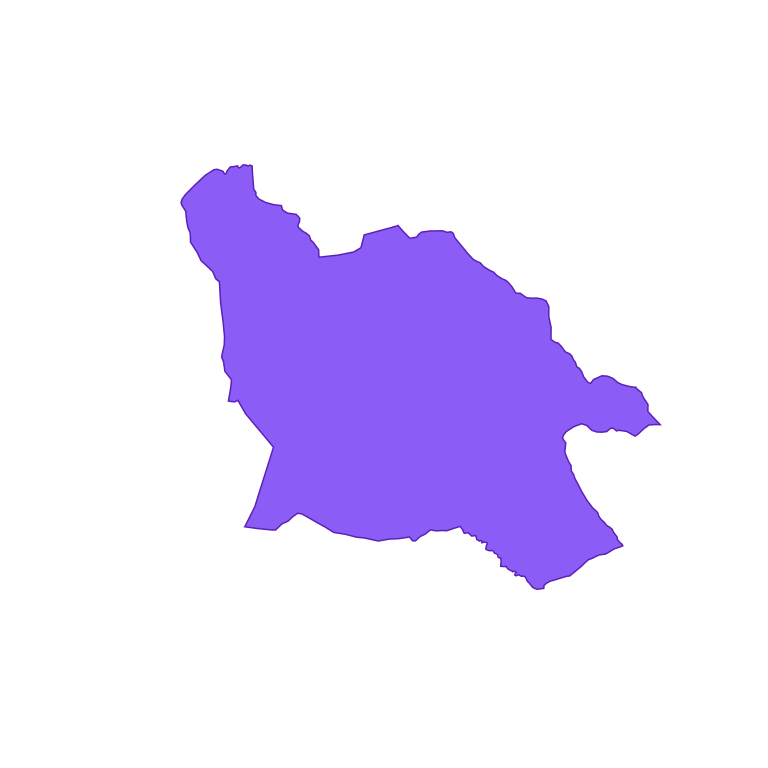 outline of Jeadepo, River Gee, Liberia, rotated 232°
{"feature_id": "62588387B74933582499482", "entity_name": "Jeadepo", "entity_type": "district", "adm_level": 2, "iso_a3": "LBR", "parent_name": "Liberia", "parent_adm1": "River Gee", "projection": "orthographic", "projection_center": [-8.425, 5.368], "detail": "fine", "context": "isolated", "style": "filled", "palette": "violet", "viewbox_px": 768, "rotation_deg": 232, "n_neighbors": 0, "source": "geoboundaries", "source_scale": "gbopen_adm2", "svg_char_len": 4539}
<svg xmlns="http://www.w3.org/2000/svg" viewBox="0 0 768 768"><g transform="rotate(232 384 384)"><path d="M502.2,488.0L502.3,487.1L505.0,480.8L513.7,460.1L512.8,459.0L512.1,458.2L505.6,449.7L506.4,443.6L506.6,441.6L507.8,439.2L513.7,427.4L523.9,410.9L524.4,411.1L530.1,415.2L538.9,415.4L539.5,415.4L542.3,414.9L547.0,416.4L548.4,416.0L550.8,415.5L554.7,413.9L560.2,413.0L562.2,413.9L562.3,414.2L564.0,417.4L566.4,419.6L569.1,419.6L571.8,419.2L578.0,413.2L582.7,411.4L584.5,411.5L587.3,412.8L587.7,413.0L588.5,412.2L589.2,411.5L593.2,407.5L599.9,402.5L606.8,399.3L611.5,399.1L613.8,401.0L617.8,401.3L620.4,403.1L631.5,410.4L635.8,413.5L636.9,414.3L637.7,413.9L639.1,413.0L639.4,411.1L641.6,410.0L643.4,407.9L643.1,403.3L644.2,402.7L646.1,402.9L647.1,400.8L647.7,399.6L649.7,396.5L648.3,391.0L646.8,388.8L647.8,387.6L650.7,388.1L655.9,384.8L657.6,381.9L658.5,371.5L657.3,358.1L655.5,344.0L653.9,338.6L652.9,337.2L652.7,336.9L652.0,335.8L649.2,334.8L642.3,334.1L633.3,328.5L628.0,325.8L622.5,324.3L620.7,323.1L618.7,321.7L615.0,318.9L605.3,318.0L602.7,317.8L598.4,316.8L593.9,315.8L582.2,317.7L581.0,317.7L578.6,318.3L576.1,317.7L570.6,316.2L569.0,316.5L565.8,317.2L549.0,305.5L532.1,295.5L519.5,287.5L513.2,282.2L506.8,274.4L504.8,272.5L500.4,271.3L491.9,266.4L481.2,266.4L475.7,261.2L471.9,257.1L467.2,251.8L466.4,250.9L465.3,251.8L464.2,252.9L462.0,255.2L461.2,257.6L461.2,258.8L449.0,257.1L446.0,256.6L433.8,257.0L427.9,257.2L416.5,257.6L402.2,258.0L398.0,251.9L373.6,216.4L366.9,206.8L357.2,186.4L347.6,195.7L347.2,196.2L338.5,205.2L335.7,208.7L336.6,217.7L335.0,223.8L335.6,230.2L335.3,236.3L332.4,239.2L331.9,239.4L324.8,242.4L316.8,245.6L307.6,249.5L298.0,253.0L289.4,261.0L280.1,268.1L274.7,273.8L264.4,282.3L263.8,282.8L261.3,287.5L258.2,293.2L253.1,300.3L247.7,309.9L242.9,309.9L241.0,312.2L241.6,318.3L240.4,323.7L240.4,330.8L236.2,334.6L232.4,340.1L229.7,343.1L226.8,351.5L226.3,352.6L224.9,356.3L221.4,356.3L216.9,355.3L215.0,358.8L210.2,359.5L208.0,363.0L204.4,361.4L201.6,362.4L201.2,363.9L200.5,364.2L198.6,363.4L198.1,364.3L198.4,365.2L195.4,367.5L194.1,366.9L193.9,365.6L192.2,363.5L190.9,362.5L188.3,364.0L187.1,365.1L186.6,366.5L185.3,367.1L184.3,367.1L182.6,366.9L181.1,368.0L179.6,368.4L177.2,367.3L176.0,367.8L174.9,368.9L171.8,366.8L169.0,364.1L168.5,363.7L166.9,365.5L165.6,366.8L165.2,368.0L163.7,367.8L161.8,367.8L159.7,368.7L157.3,369.9L156.7,369.9L155.8,371.9L155.0,372.2L153.9,372.2L153.9,370.8L153.0,369.5L151.9,369.7L151.2,370.8L150.7,372.9L149.0,373.3L147.5,374.2L147.2,375.2L145.1,376.6L140.2,375.5L137.8,375.9L134.4,375.9L131.8,376.0L128.3,378.0L126.7,380.3L125.4,382.8L124.5,384.0L126.7,386.0L127.0,389.0L126.3,393.6L124.9,396.9L122.8,402.4L120.1,409.4L118.4,412.2L118.8,426.7L119.4,432.3L119.7,436.8L118.6,440.2L117.4,445.8L116.8,448.5L113.6,453.8L113.0,457.9L112.4,463.8L110.0,470.4L109.5,472.6L111.3,472.9L114.7,472.2L118.1,472.3L119.8,473.5L122.6,473.5L125.6,473.6L126.0,473.6L129.2,474.4L132.8,473.5L135.1,472.4L136.9,472.4L139.3,472.4L144.2,471.6L148.1,472.0L150.5,473.1L152.3,473.1L157.7,472.2L167.5,472.3L177.6,473.6L186.4,475.3L191.8,476.2L196.0,477.7L200.2,478.1L204.6,481.2L208.8,481.6L213.6,482.9L218.8,484.4L223.0,488.4L225.7,491.0L229.4,491.0L231.8,491.6L233.3,494.2L234.3,498.2L233.5,507.4L231.0,515.2L226.5,518.3L219.6,519.2L216.3,521.4L215.3,522.0L212.0,525.9L209.4,530.2L209.6,535.0L208.3,537.4L203.9,538.3L203.2,540.1L201.0,542.5L197.1,546.1L192.7,547.9L188.3,549.8L188.1,553.8L188.8,560.5L188.6,567.5L184.6,573.4L181.9,576.6L183.3,576.5L192.6,575.5L199.9,575.0L205.3,579.4L212.9,580.0L215.9,580.5L218.6,581.6L221.6,580.9L226.2,579.9L226.4,580.4L227.4,579.1L229.4,577.3L231.5,575.4L236.9,571.3L240.9,569.2L247.6,567.8L251.8,565.4L252.5,565.0L256.3,560.8L258.5,551.8L257.3,547.1L259.9,545.7L266.3,545.7L272.2,547.4L276.0,547.6L278.7,546.5L283.5,548.2L286.4,548.2L290.6,549.3L293.5,548.9L297.7,546.7L304.9,546.9L308.0,546.5L309.1,546.4L311.8,544.3L316.3,543.1L320.7,546.5L325.7,550.5L335.7,555.4L343.5,561.5L349.7,562.9L353.7,560.8L357.6,557.4L360.7,553.2L364.2,549.5L368.7,548.0L371.5,547.3L373.7,544.6L375.1,543.9L381.9,544.7L388.7,544.3L391.3,543.5L394.0,541.9L400.0,539.7L404.4,539.3L408.9,537.1L415.4,534.7L417.9,534.6L420.4,534.4L423.3,532.7L427.0,531.1L435.8,530.3L441.8,530.2L451.3,529.9L455.8,529.9L457.4,530.4L460.0,531.3L462.6,530.6L464.8,527.0L468.9,524.3L472.3,519.6L476.1,514.7L480.6,507.1L480.6,503.3L479.7,500.4L480.3,498.9L481.8,496.2L482.8,494.1L489.2,493.4L493.2,493.0L500.4,492.6L500.5,491.3L502.2,488.0Z" fill="#8b5cf6" stroke="#5b21b6" stroke-width="1.5"/></g></svg>